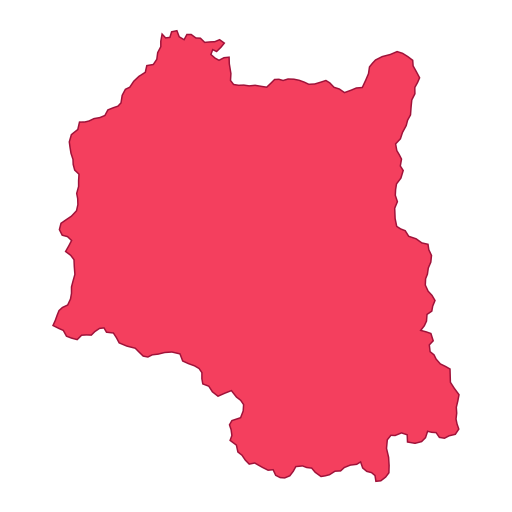 Jequeri, Minas Gerais, Brazil (Robinson projection)
{"feature_id": "56859067B7862163719601", "entity_name": "Jequeri", "entity_type": "district", "adm_level": 2, "iso_a3": "BRA", "parent_name": "Brazil", "parent_adm1": "Minas Gerais", "projection": "robinson", "projection_center": [-42.617, -20.475], "detail": "fine", "context": "isolated", "style": "filled", "palette": "rose", "viewbox_px": 512, "rotation_deg": 0, "n_neighbors": 0, "source": "geoboundaries", "source_scale": "gbopen_adm2", "svg_char_len": 3547}
<svg xmlns="http://www.w3.org/2000/svg" viewBox="0 0 512 512"><path d="M375.5,60.0L372.5,63.2L369.5,66.9L368.5,73.7L365.8,80.0L362.3,87.5L356.3,88.0L351.1,90.2L344.5,92.6L339.3,89.0L334.0,87.3L329.8,82.9L325.9,80.5L321.0,82.1L314.7,84.0L308.8,84.3L304.4,82.2L299.2,80.3L293.9,79.2L288.0,79.0L283.1,80.5L278.9,79.3L274.6,79.5L271.2,82.9L266.7,87.2L260.9,86.3L255.1,85.3L249.2,85.9L243.8,85.1L238.6,85.3L233.6,84.5L230.5,80.5L230.9,73.6L229.3,63.8L229.1,57.2L224.0,57.7L219.0,60.3L215.0,58.1L210.9,54.5L212.7,49.6L216.6,51.5L221.0,47.2L224.3,43.1L219.6,39.7L214.8,41.7L210.4,41.9L204.7,42.4L200.4,38.2L195.9,38.0L191.2,34.5L186.9,34.5L184.1,39.7L179.2,36.8L176.9,30.7L171.6,31.8L169.9,37.4L165.6,37.9L162.1,34.1L160.8,41.2L160.8,46.7L157.7,52.6L156.8,59.3L153.3,64.5L146.8,65.6L145.3,72.3L139.0,76.3L133.8,81.2L129.8,87.2L125.4,89.3L122.2,95.3L121.0,102.9L117.9,106.2L113.4,107.7L107.9,109.9L104.9,115.5L99.8,117.6L94.0,118.6L89.0,121.0L84.8,122.0L79.5,122.1L77.8,129.5L71.4,134.6L69.3,141.9L70.0,147.1L71.0,153.3L73.0,159.4L73.2,164.5L74.7,170.1L79.0,174.2L78.6,180.7L78.6,186.5L76.7,193.4L77.7,198.7L77.9,204.6L76.5,210.8L71.4,216.2L65.9,219.9L61.0,223.3L59.4,229.6L62.2,235.2L67.5,236.6L71.6,240.5L68.9,245.7L65.6,251.5L70.7,255.3L74.0,259.7L74.3,266.7L74.9,274.4L73.1,280.8L71.5,286.9L71.5,293.4L70.5,299.0L67.7,305.0L62.4,307.5L59.0,310.6L57.2,315.1L55.3,320.4L53.0,325.5L59.0,328.5L63.3,330.4L66.5,336.2L71.5,338.1L77.2,339.6L81.6,335.2L86.5,334.9L91.3,335.1L94.8,331.6L99.5,328.4L104.0,327.9L106.5,332.2L113.4,333.0L116.5,337.8L119.2,342.9L126.9,346.1L135.2,348.2L139.5,352.5L143.2,356.1L147.9,357.0L152.3,354.8L158.2,354.1L164.7,352.5L171.9,352.0L180.0,353.9L182.7,361.0L188.4,363.6L194.5,365.8L199.1,368.5L201.9,372.6L201.9,378.8L202.8,383.9L208.8,386.2L212.4,391.8L218.0,396.2L224.8,393.2L231.4,390.6L236.5,397.1L240.7,400.3L243.6,404.6L243.2,411.0L240.6,417.7L231.9,420.6L229.5,424.8L231.1,429.7L231.9,435.5L230.1,440.4L236.4,445.1L237.9,452.0L242.0,455.2L245.3,460.1L249.2,464.1L254.7,463.0L262.3,467.3L268.1,470.2L273.1,469.7L275.7,475.3L280.2,477.6L284.7,477.9L289.8,475.8L293.3,471.2L295.8,466.6L302.5,465.9L306.7,467.5L311.7,468.1L315.2,472.3L321.0,476.5L325.3,475.8L329.5,474.7L335.0,471.2L340.6,470.9L344.3,467.5L350.3,465.1L356.7,464.3L360.6,461.9L362.7,468.0L366.8,471.4L371.5,472.6L375.0,475.5L375.9,481.3L380.8,480.8L385.6,477.1L388.9,472.8L389.1,465.6L388.6,457.3L386.5,448.4L387.3,439.8L390.9,435.3L395.1,435.5L401.5,432.9L407.2,434.8L407.5,442.0L415.0,443.3L421.6,441.6L425.5,437.7L427.6,431.3L431.8,432.3L436.1,432.6L439.4,437.4L444.5,438.2L449.1,435.8L455.3,434.3L458.8,429.1L457.0,423.9L456.0,419.0L456.7,413.2L456.3,407.3L457.8,401.0L459.0,394.7L454.2,388.2L450.4,382.3L450.2,375.9L450.0,369.0L445.6,366.5L440.3,363.9L436.1,359.1L434.0,354.8L430.1,351.7L429.3,344.9L433.2,340.8L430.9,333.5L426.0,331.8L420.7,330.4L424.3,325.8L426.5,321.1L427.0,314.4L431.8,311.1L432.7,306.1L435.0,300.5L432.0,295.4L428.1,291.2L425.3,285.1L425.6,278.7L427.4,274.2L428.3,268.0L430.8,262.1L431.5,255.5L428.8,249.7L428.0,244.3L421.8,242.9L416.1,238.8L408.7,236.3L405.2,230.7L400.6,228.9L396.7,226.4L395.1,218.5L394.7,208.2L397.4,201.7L395.3,195.3L395.6,189.5L396.5,183.9L400.9,178.1L403.2,170.5L400.3,166.0L401.5,159.1L399.3,154.8L396.8,150.6L395.6,143.9L400.4,138.8L402.5,132.4L406.2,125.6L407.6,120.2L410.5,114.9L411.1,106.7L411.8,99.9L414.9,93.8L414.8,87.5L417.5,82.6L419.6,77.8L416.4,71.8L413.1,65.9L412.7,60.3L407.8,56.6L402.5,53.3L397.1,51.6L390.3,54.5L382.2,56.6L375.5,60.0Z" fill="#f43f5e" stroke="#9f1239" stroke-width="1.5"/></svg>